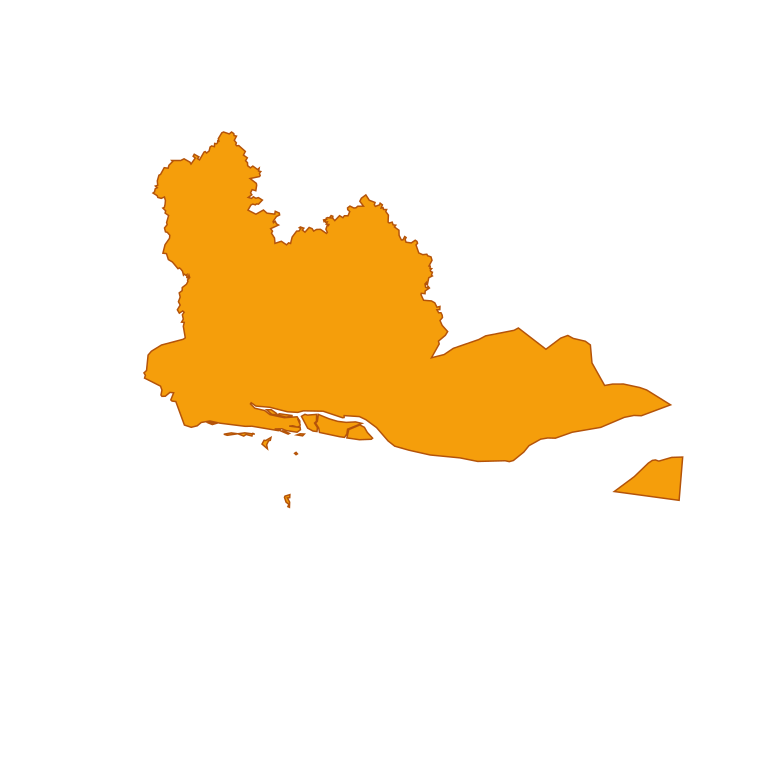 Lakshmipur, Chittagong, Bangladesh (Albers equal-area conic projection), rotated 307°
{"feature_id": "16705992B31973889793084", "entity_name": "Lakshmipur", "entity_type": "district", "adm_level": 2, "iso_a3": "BGD", "parent_name": "Bangladesh", "parent_adm1": "Chittagong", "projection": "albers", "projection_center": [90.887, 22.836], "detail": "fine", "context": "isolated", "style": "filled", "palette": "amber", "viewbox_px": 768, "rotation_deg": 307, "n_neighbors": 0, "source": "geoboundaries", "source_scale": "gbopen_adm2", "svg_char_len": 6158}
<svg xmlns="http://www.w3.org/2000/svg" viewBox="0 0 768 768"><g transform="rotate(307 384 384)"><path d="M231.1,249.3L233.4,256.1L238.2,260.0L243.3,261.2L249.7,267.2L253.9,276.4L266.7,298.7L270.8,303.9L283.2,327.8L285.2,329.2L282.3,323.7L286.8,329.4L288.0,334.0L293.2,343.6L297.2,344.8L298.8,343.2L293.3,333.6L295.8,336.3L297.3,340.5L299.7,342.2L301.0,341.6L304.3,335.9L303.0,339.6L303.8,339.0L305.5,334.3L297.1,324.7L290.9,311.4L291.0,304.7L286.9,295.4L287.7,289.3L289.1,289.2L289.3,295.0L296.7,306.8L303.7,323.6L309.4,332.2L314.1,335.8L325.6,351.7L332.1,371.2L333.2,372.3L334.8,371.2L343.2,384.0L344.6,391.0L344.7,404.3L341.0,421.5L340.8,430.0L346.2,443.9L355.1,463.6L370.7,489.1L378.6,505.5L395.6,526.9L397.4,530.8L400.8,533.4L413.8,536.6L422.0,536.9L434.2,542.3L439.4,547.2L443.9,553.5L458.8,563.4L479.8,583.2L502.0,596.0L509.3,602.5L513.5,608.6L539.8,625.4L537.3,597.4L535.1,590.4L528.1,575.3L521.5,566.6L515.6,561.1L526.0,537.4L539.4,525.3L539.3,519.0L534.3,507.7L533.4,501.6L527.0,497.5L509.2,492.4L509.6,457.6L505.2,455.6L483.6,436.2L476.5,432.9L454.2,417.9L443.7,414.3L433.5,406.1L449.2,404.0L451.0,401.7L459.8,403.7L464.2,403.3L465.8,395.2L468.4,390.5L472.3,390.7L474.0,389.0L475.2,386.6L473.8,384.8L475.1,381.6L477.0,383.8L479.6,382.0L477.2,380.1L479.4,375.7L478.9,371.9L474.7,365.2L477.6,359.8L478.9,359.2L480.8,362.4L483.1,360.9L488.0,362.5L488.5,360.4L486.8,360.5L486.3,359.0L488.6,356.5L490.6,356.7L489.0,358.0L489.3,358.9L495.8,355.8L499.4,357.6L499.5,356.4L502.4,355.4L502.0,353.5L502.8,352.5L504.8,352.6L504.0,351.2L505.9,350.0L505.3,348.9L511.7,347.9L513.8,345.0L512.7,341.7L513.4,340.1L510.6,337.1L509.6,332.9L514.3,325.9L516.6,326.1L517.7,324.5L517.6,322.4L513.1,320.9L510.5,316.3L512.0,314.0L514.3,313.5L514.2,311.8L510.5,312.4L509.5,311.1L511.8,306.6L515.8,303.4L515.7,297.8L517.9,297.8L516.6,295.5L518.2,293.1L515.7,291.3L515.8,289.8L521.5,285.9L522.8,281.6L524.9,281.1L523.1,278.6L524.3,277.1L522.8,275.8L526.1,274.9L526.1,272.1L524.4,272.6L520.6,270.2L521.3,268.4L523.6,267.6L521.9,261.7L524.1,255.7L518.7,254.1L515.4,254.7L513.7,260.6L510.1,256.0L507.9,255.6L506.4,254.0L505.6,249.7L502.7,248.9L501.4,250.1L501.1,252.9L496.7,254.0L494.5,251.1L492.1,251.1L491.7,247.2L484.9,246.4L485.5,243.3L487.2,242.2L486.7,240.4L484.9,240.4L484.8,241.8L482.8,238.6L481.6,238.1L481.0,239.1L478.7,237.0L477.7,238.3L479.3,238.7L478.0,239.9L479.3,241.2L476.9,241.6L478.2,244.0L477.0,244.3L476.5,243.2L472.7,244.4L471.0,247.5L469.6,247.4L469.3,240.2L466.8,237.1L463.8,235.8L464.8,233.1L464.0,230.0L457.7,229.5L457.8,226.2L460.2,226.2L459.1,222.7L457.8,222.3L458.1,223.9L455.1,224.1L453.5,222.2L446.1,222.2L440.0,224.8L439.4,222.9L436.5,222.4L436.2,216.1L430.7,212.3L434.7,208.7L436.7,203.4L439.0,203.0L439.8,200.0L447.5,204.1L447.2,201.7L448.5,199.2L446.3,198.6L447.0,197.6L453.0,197.3L456.2,198.9L457.5,197.5L456.5,193.2L453.9,194.5L450.0,187.7L450.4,183.0L442.5,179.5L441.0,170.7L446.8,170.0L448.7,170.9L449.7,173.5L451.0,173.7L452.1,175.5L457.7,176.2L457.3,171.5L455.2,169.9L454.9,167.0L452.5,166.5L451.3,163.3L455.6,164.6L456.3,162.4L459.9,161.7L461.2,165.3L466.1,162.7L467.4,161.3L467.5,153.4L474.7,159.7L475.9,159.7L477.3,157.7L479.5,157.7L478.6,155.7L481.2,154.4L479.2,153.9L479.1,148.1L476.2,147.2L476.3,143.7L478.6,141.8L479.0,139.1L482.4,138.7L482.2,134.0L486.3,133.3L487.0,124.5L485.6,123.0L486.0,121.5L487.7,121.0L488.5,117.8L493.2,117.0L492.2,114.8L493.6,113.3L493.5,110.6L490.6,109.9L488.7,104.2L487.0,103.3L480.2,104.0L478.6,105.9L478.1,104.9L476.6,105.9L475.1,105.7L474.2,104.0L471.5,105.7L470.4,103.1L468.6,102.5L464.9,104.1L461.7,103.3L462.0,101.3L460.9,100.7L451.9,101.8L451.8,99.4L454.0,99.5L453.3,94.2L451.0,94.5L450.9,97.3L443.5,97.5L444.4,95.5L443.5,88.8L440.1,87.1L434.8,80.0L434.6,81.3L429.3,80.6L426.4,81.7L424.5,78.3L416.9,79.4L415.3,78.6L409.8,80.7L406.5,83.7L404.5,82.3L404.3,84.8L402.2,83.8L399.4,85.1L397.5,84.6L397.9,89.4L396.9,91.1L398.2,94.4L401.2,96.1L399.0,99.0L395.6,101.1L392.8,102.3L391.4,101.5L390.9,105.4L388.8,106.3L388.9,110.6L382.1,113.2L380.8,114.9L376.5,114.8L374.0,117.9L374.7,119.7L373.9,123.4L371.3,125.0L363.5,125.3L355.4,128.7L357.2,131.8L353.6,136.9L354.1,141.6L352.1,150.1L353.6,150.8L353.5,152.5L352.8,155.2L350.3,158.3L351.5,158.4L351.6,160.3L352.9,160.8L350.4,162.4L350.5,163.7L353.6,162.7L352.1,164.8L348.8,164.5L347.9,165.7L344.7,166.2L339.6,164.8L337.1,166.6L333.5,165.6L330.8,168.9L326.0,170.3L324.4,173.7L318.9,174.3L317.4,177.9L321.2,179.3L321.0,181.2L317.9,181.3L315.0,184.7L311.6,185.1L313.0,187.4L309.3,189.0L301.3,197.5L299.0,196.8L281.2,182.8L270.2,178.5L265.1,178.2L251.9,186.2L248.4,185.6L247.4,188.2L244.6,189.2L247.8,206.8L245.5,210.3L241.0,212.5L240.5,214.1L242.6,216.7L248.5,218.1L250.4,221.3L243.0,223.3L242.8,225.0L244.7,228.3L231.1,249.3ZM468.7,689.7L505.4,666.5L498.5,657.9L487.8,649.9L486.7,646.5L484.5,644.3L479.9,642.7L460.5,639.6L436.7,632.6L468.7,689.7ZM323.2,361.2L320.2,349.9L314.1,353.2L311.6,352.9L309.5,358.4L306.5,361.6L315.2,380.3L317.6,384.6L321.7,384.4L326.0,382.1L339.2,390.0L336.6,384.1L330.6,376.9L326.3,369.5L323.2,361.2ZM333.9,407.5L335.3,399.8L337.6,394.4L336.8,389.4L326.4,383.3L318.6,386.8L324.7,397.9L332.2,407.1L333.9,407.5ZM313.6,352.4L319.2,348.5L313.1,341.6L312.2,339.1L308.5,337.5L302.8,349.6L303.7,355.6L305.7,359.1L309.1,357.1L311.0,352.0L313.6,352.4ZM262.6,322.7L262.1,329.9L264.8,326.9L269.1,326.0L270.6,327.1L273.3,325.9L267.7,323.6L266.9,322.1L262.6,322.7ZM228.6,382.7L232.9,379.7L234.9,375.4L236.5,377.1L239.0,375.4L234.9,372.4L233.6,372.7L230.7,376.9L230.6,380.6L228.2,381.0L228.6,382.7ZM265.0,308.9L261.2,302.2L256.3,297.2L258.0,303.3L260.7,304.3L263.0,309.8L265.0,308.9ZM295.8,315.9L295.6,309.4L292.8,305.8L292.3,312.7L294.3,315.9L295.8,315.9ZM303.8,330.0L297.3,318.4L295.2,317.4L298.7,325.9L303.8,330.0ZM256.3,297.2L253.0,291.4L247.5,286.3L248.7,289.7L256.3,297.2ZM296.1,350.5L293.7,346.9L290.9,345.1L293.6,350.2L296.1,350.5ZM287.7,338.2L285.6,331.2L284.5,330.3L286.3,337.6L287.7,338.2ZM251.0,273.3L248.5,267.8L247.1,266.8L248.3,271.3L251.0,273.3ZM276.1,356.9L276.5,354.9L274.8,354.3L274.6,356.3L276.1,356.9ZM266.1,311.0L265.7,309.0L265.4,308.8L265.0,308.9L266.1,311.0Z" fill="#f59e0b" stroke="#b45309" stroke-width="1.5"/></g></svg>